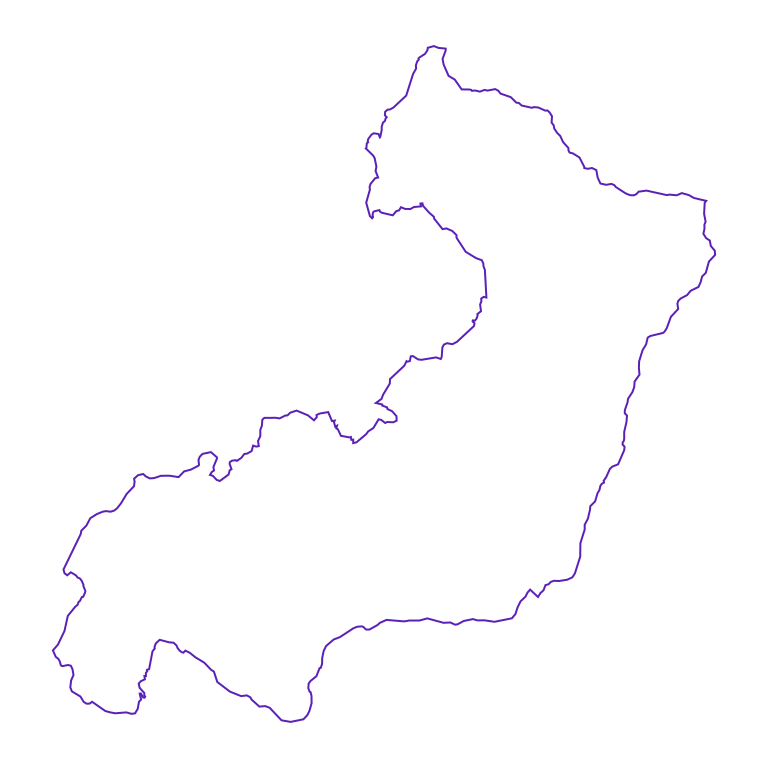 the district of Bulz, Bihor, Romania
{"feature_id": "2599482B85347677454523", "entity_name": "Bulz", "entity_type": "district", "adm_level": 2, "iso_a3": "ROU", "parent_name": "Romania", "parent_adm1": "Bihor", "projection": "mercator", "projection_center": [22.68, 46.864], "detail": "fine", "context": "isolated", "style": "outline", "palette": "violet", "viewbox_px": 768, "rotation_deg": 0, "n_neighbors": 0, "source": "geoboundaries", "source_scale": "gbopen_adm2", "svg_char_len": 6052}
<svg xmlns="http://www.w3.org/2000/svg" viewBox="0 0 768 768"><path d="M135.0,713.4L137.7,708.9L139.0,701.7L141.1,699.6L139.7,693.6L140.9,693.5L143.1,697.5L144.5,697.7L145.2,696.6L144.3,695.3L144.3,693.0L139.6,687.8L138.7,683.5L140.9,681.2L144.9,679.3L144.4,676.0L145.9,676.1L145.9,672.9L147.2,671.3L146.9,669.9L149.1,669.1L152.5,651.3L154.8,648.4L154.5,647.1L155.8,643.4L159.7,639.8L169.0,642.3L173.6,642.7L176.6,645.6L177.5,647.9L179.7,650.7L181.8,652.2L183.4,652.7L185.4,650.6L189.8,652.8L195.1,657.1L204.3,662.7L210.9,669.6L213.9,671.6L217.3,682.0L229.9,691.6L241.1,696.1L246.9,695.4L250.4,697.4L251.5,699.5L259.4,706.6L265.2,706.1L269.7,707.8L281.5,720.3L290.6,721.9L303.4,719.3L307.2,715.3L309.3,711.3L311.6,703.2L311.5,695.9L310.6,692.2L309.6,691.7L308.3,688.1L308.7,683.5L310.4,681.1L316.4,676.2L319.6,668.1L320.7,667.9L322.1,663.9L322.2,658.0L323.7,650.9L326.1,646.0L333.7,639.5L339.9,637.1L353.5,628.2L357.4,626.7L361.6,626.4L363.2,626.8L366.0,629.5L369.5,629.5L377.4,625.1L379.8,622.9L386.5,619.9L404.3,621.4L409.2,620.5L419.5,620.5L427.3,618.4L443.5,622.8L450.3,622.5L455.2,624.7L457.6,624.3L463.7,621.0L472.9,619.1L477.5,620.4L484.4,620.3L494.5,621.8L511.9,618.3L515.4,614.1L517.6,607.3L520.6,601.3L525.5,596.6L527.5,592.6L530.1,589.6L538.0,597.0L540.4,593.1L543.5,590.3L545.5,585.1L548.5,584.3L550.8,581.9L553.9,580.8L559.1,581.0L567.3,579.7L572.4,577.3L574.9,573.4L580.2,556.7L580.4,543.2L584.7,529.5L584.7,524.7L587.9,518.7L590.0,509.7L590.3,506.2L595.1,501.4L597.5,493.3L599.5,489.9L600.4,485.8L601.9,483.7L604.0,482.6L603.7,480.7L606.1,477.3L609.9,468.9L612.3,466.6L618.1,464.3L624.2,450.2L624.6,446.7L622.6,444.6L622.7,442.4L623.7,441.2L624.2,438.8L624.2,431.9L626.5,421.9L627.0,415.6L624.8,413.3L624.8,410.3L627.6,402.1L628.0,398.8L632.3,392.3L634.2,387.2L634.6,381.6L639.5,374.6L638.9,368.0L639.1,361.4L642.6,350.1L646.1,344.4L647.7,337.6L650.3,336.0L663.1,332.9L664.7,331.5L666.8,328.0L670.9,316.8L678.2,309.0L677.4,303.8L678.2,301.0L680.7,298.5L687.1,295.1L690.6,290.8L698.5,286.9L700.7,282.0L702.1,276.5L705.8,272.8L708.9,261.6L715.1,254.9L714.8,250.7L710.8,246.0L709.8,240.5L706.2,238.2L703.4,233.8L704.5,228.7L704.4,224.7L705.6,221.7L704.1,213.8L704.7,202.8L706.2,200.9L694.0,198.0L688.9,195.1L681.8,193.1L676.7,195.3L669.6,194.6L666.8,195.1L646.5,190.6L638.6,191.7L636.4,194.1L634.0,195.3L630.1,195.2L625.5,193.3L615.8,187.0L614.4,185.2L611.5,183.9L606.1,184.8L600.4,183.5L597.7,177.7L596.3,170.1L592.0,168.0L587.9,168.8L584.3,168.1L584.2,166.7L579.5,157.5L572.9,153.4L569.6,152.6L568.5,150.5L568.4,148.0L563.1,142.1L560.2,135.9L557.1,132.9L554.2,128.4L553.7,125.4L551.6,122.6L552.0,116.3L549.7,112.5L547.5,110.5L545.2,110.6L538.3,107.5L533.9,107.1L531.9,107.8L521.6,105.5L518.9,103.0L516.3,102.6L510.7,97.1L500.5,93.6L498.4,90.8L495.2,89.1L487.4,90.6L484.6,89.9L479.9,91.6L475.3,90.5L471.9,90.8L471.3,89.9L469.2,89.5L461.6,89.4L454.8,79.6L448.6,75.9L443.6,64.5L442.6,58.9L445.7,50.4L445.7,48.6L438.5,47.9L433.9,46.1L427.8,47.8L427.4,50.3L425.0,53.9L419.1,57.7L418.5,58.5L418.8,59.7L417.3,61.2L415.9,65.2L416.1,68.6L413.1,73.9L406.2,95.6L393.6,107.4L389.9,109.5L387.5,109.7L385.1,111.9L384.9,115.3L386.7,117.2L385.5,118.7L385.0,120.8L382.9,122.8L381.7,126.7L381.7,130.2L380.2,137.1L379.9,137.4L378.5,134.0L373.7,133.3L371.4,134.7L368.2,139.1L367.7,141.4L368.1,142.3L366.8,143.4L366.4,147.8L365.8,148.4L373.2,155.6L374.6,158.0L376.4,166.5L375.6,171.0L378.1,177.5L375.2,178.2L370.6,183.8L369.6,186.8L369.9,189.7L366.2,202.7L369.9,216.0L372.1,218.3L373.0,217.2L372.6,214.3L373.2,212.2L374.1,211.4L379.4,210.1L380.1,211.7L382.0,212.8L392.8,215.3L396.3,211.1L399.0,210.4L401.0,207.2L405.0,208.9L410.4,209.0L414.0,207.0L421.0,206.4L420.4,203.6L422.4,203.3L423.1,205.9L429.3,212.8L433.9,216.8L434.2,218.7L442.6,229.2L446.3,228.4L452.2,230.9L456.5,235.1L456.5,237.7L465.7,251.8L476.0,258.1L481.8,260.2L483.3,263.4L483.5,266.3L484.9,270.0L486.4,297.5L483.6,296.9L481.2,298.6L481.4,301.2L480.1,304.5L481.0,311.2L477.4,314.1L477.6,315.6L476.6,318.5L474.9,320.7L472.8,320.4L472.6,321.4L474.5,323.3L474.0,326.0L457.0,341.8L452.4,344.2L447.0,343.2L443.9,344.6L442.4,347.4L441.7,356.8L440.8,359.0L436.1,357.4L421.5,359.8L418.0,359.4L413.0,356.1L410.8,356.3L409.8,361.1L407.1,361.7L406.5,361.2L404.4,365.6L390.0,379.1L389.8,383.6L383.2,394.5L381.5,398.9L375.9,403.0L382.3,404.5L382.3,405.6L387.1,407.4L387.4,409.0L392.1,411.2L396.5,416.2L396.6,420.7L393.2,422.3L387.2,422.0L385.2,423.0L381.1,419.8L378.6,419.3L373.4,428.0L368.2,431.4L366.0,434.3L356.5,442.3L353.2,443.1L353.2,439.6L351.3,439.8L350.9,437.0L349.4,437.4L340.9,435.8L337.9,429.3L336.3,428.4L337.0,425.7L335.2,426.6L334.0,422.2L334.7,420.6L332.0,421.1L328.2,412.1L319.9,413.5L316.5,415.0L316.8,417.1L314.0,420.3L307.9,415.3L296.6,410.6L290.2,412.7L287.5,415.4L285.4,415.5L279.6,418.4L275.8,417.8L264.3,417.9L262.3,419.8L261.9,425.7L260.3,430.0L260.3,436.1L258.0,441.1L258.8,446.1L256.2,446.6L253.1,445.6L251.6,451.1L247.0,453.6L244.3,454.0L241.3,457.9L236.9,460.9L235.8,460.2L231.9,460.7L229.9,462.1L229.6,463.8L231.5,469.2L229.7,470.3L228.6,474.5L219.8,481.0L216.7,479.9L212.8,475.8L210.0,474.9L211.7,472.1L214.0,470.5L213.4,467.1L217.1,458.1L216.8,457.2L210.9,452.1L202.5,453.9L199.8,456.7L198.5,459.9L199.0,464.7L198.6,465.6L190.9,469.6L184.1,471.4L178.6,477.1L169.4,475.7L161.0,475.8L154.0,478.1L149.7,478.4L145.8,476.4L143.2,474.0L138.0,475.2L134.1,478.7L134.6,481.7L134.0,486.2L126.7,493.9L121.0,503.3L116.9,508.5L114.1,510.6L110.7,511.7L105.9,511.1L102.7,511.7L97.0,514.0L90.3,518.2L86.4,525.6L81.3,530.7L80.7,534.1L63.5,569.5L64.5,573.2L67.2,575.3L70.8,572.3L76.0,575.4L77.5,577.5L79.8,578.4L81.8,580.9L83.5,585.0L83.4,586.1L85.4,591.0L85.1,592.5L83.2,596.8L81.9,597.0L79.9,601.0L78.6,601.9L77.6,604.8L75.2,606.8L67.8,615.9L64.5,630.9L57.9,644.7L52.9,650.4L55.8,656.9L58.4,658.9L59.8,661.5L60.8,665.2L62.3,666.2L67.9,665.0L70.8,665.7L72.5,669.2L73.5,675.0L71.1,680.5L70.3,687.4L71.9,691.4L80.4,696.5L83.7,701.9L86.6,703.7L89.6,703.6L92.1,701.8L105.3,711.0L110.0,712.3L115.2,713.3L126.3,712.4L131.3,713.8L135.0,713.4Z" fill="none" stroke="#5b21b6" stroke-width="2"/></svg>